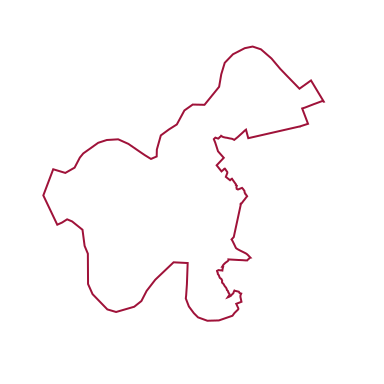 Darayya, Rif Dimashq, Syria, rotated 79°
{"feature_id": "27442178B13792068888358", "entity_name": "Darayya", "entity_type": "district", "adm_level": 2, "iso_a3": "SYR", "parent_name": "Syria", "parent_adm1": "Rif Dimashq", "projection": "robinson", "projection_center": [36.249, 33.454], "detail": "fine", "context": "isolated", "style": "outline", "palette": "rose", "viewbox_px": 384, "rotation_deg": 79, "n_neighbors": 0, "source": "geoboundaries", "source_scale": "gbopen_adm2", "svg_char_len": 4373}
<svg xmlns="http://www.w3.org/2000/svg" viewBox="0 0 384 384"><g transform="rotate(79 192 192)"><path d="M128.5,45.4L105.2,53.9L111.1,66.8L96.0,76.7L87.8,82.0L76.1,88.5L65.1,97.1L60.8,104.7L60.9,112.8L64.6,125.5L71.4,135.2L82.0,140.8L93.9,145.3L108.8,163.1L106.3,174.6L110.5,183.9L122.8,194.0L126.2,202.7L130.5,211.8L143.6,218.4L150.4,219.9L151.7,226.0L148.0,230.0L147.1,231.0L146.6,231.5L146.1,232.0L145.1,233.0L144.8,233.3L143.6,234.5L132.6,245.3L126.2,254.4L124.7,265.7L125.8,274.7L133.4,291.4L136.8,295.5L145.7,302.6L149.1,312.7L143.2,323.9L167.0,338.6L198.4,330.5L197.2,325.4L195.0,319.8L198.0,315.3L208.2,306.7L224.4,307.7L232.7,306.0L262.5,311.6L273.3,309.1L291.1,297.5L295.3,289.4L293.6,270.6L289.4,262.5L280.4,255.4L271.1,244.8L257.5,223.5L260.9,209.8L281.6,214.6L292.5,217.5L295.3,218.4L303.8,216.9L311.3,213.3L316.2,210.0L321.3,201.5L323.2,190.1L321.2,175.9L318.9,173.4L316.0,169.0L315.1,168.7L310.2,169.9L309.2,164.4L304.2,164.5L302.6,164.1L301.1,163.1L300.9,163.5L300.7,163.8L300.2,164.6L299.7,164.7L298.8,165.1L297.0,169.1L296.9,169.2L297.8,169.9L299.3,170.8L299.8,171.6L300.1,172.0L300.4,172.6L300.9,173.2L301.1,173.4L301.2,173.5L301.3,173.7L301.4,173.9L301.4,174.1L301.7,174.9L301.9,175.4L302.0,175.9L302.2,177.0L301.8,176.6L300.8,175.5L300.0,174.8L299.9,174.8L299.8,174.7L299.7,174.7L299.3,174.7L298.3,175.1L297.8,175.4L297.7,175.4L297.6,175.5L297.3,175.5L297.2,175.5L296.9,175.5L296.7,175.5L296.3,175.6L296.1,175.6L295.9,175.7L295.8,175.8L295.6,175.9L295.4,176.0L295.2,176.2L295.0,176.3L294.9,176.4L294.7,176.4L294.0,176.5L293.4,176.5L292.9,176.7L292.3,176.9L291.4,177.4L290.7,177.8L289.6,178.2L288.9,178.4L288.5,178.6L288.1,178.7L287.7,179.0L287.3,179.4L287.2,179.4L287.1,179.5L286.9,179.6L286.7,179.7L286.2,179.7L285.9,179.7L285.7,179.6L285.4,179.5L284.9,179.3L284.0,179.5L283.6,179.6L283.4,179.6L283.2,179.7L283.0,179.8L282.9,179.9L282.8,180.0L282.6,180.1L282.4,180.4L282.2,180.5L281.9,180.8L281.7,181.0L281.4,181.1L281.1,181.2L279.8,181.4L278.8,181.6L278.5,181.7L278.0,182.0L277.7,182.2L277.3,182.3L277.1,182.3L276.7,182.2L276.4,182.1L275.5,182.3L275.3,182.4L274.8,182.5L274.2,182.5L274.0,181.8L273.7,180.9L273.8,180.6L274.3,179.1L274.4,178.4L274.9,177.2L273.8,176.8L273.0,176.5L272.1,176.1L271.5,175.8L271.2,176.7L270.5,176.0L270.2,175.8L269.9,175.6L269.3,174.8L269.0,174.5L268.3,173.4L267.8,172.6L267.6,172.2L267.4,171.7L266.9,170.6L266.8,170.4L266.7,170.2L266.4,169.8L266.3,169.6L265.8,169.2L265.1,169.1L265.2,168.8L267.5,159.8L268.4,156.0L268.5,155.6L269.3,152.7L269.7,150.9L269.2,150.3L268.5,149.1L268.0,148.3L267.7,147.8L267.6,147.3L267.6,147.2L267.3,147.4L266.5,147.9L264.0,149.5L263.8,149.7L263.5,149.9L263.3,150.1L263.1,150.3L262.9,150.5L262.7,150.7L262.5,150.9L260.8,153.1L258.6,156.0L256.8,158.2L256.1,158.9L256.0,159.0L255.8,159.2L255.7,159.3L255.3,159.5L255.2,159.6L251.7,160.5L248.0,161.5L247.2,161.8L246.9,161.8L246.7,161.9L246.5,162.0L246.3,162.1L246.1,162.2L244.2,159.6L213.6,146.5L213.1,146.7L212.8,146.4L213.1,146.1L212.9,145.9L212.1,144.9L211.1,143.8L210.1,142.7L209.9,142.4L209.4,141.8L208.3,140.6L207.5,139.7L206.7,138.7L205.5,139.2L205.0,139.5L204.9,139.6L204.7,139.7L204.5,139.8L204.3,139.9L204.1,139.9L204.1,140.0L203.9,140.1L203.7,140.1L203.3,140.2L203.1,140.3L202.9,140.3L202.6,140.4L202.4,140.4L202.2,140.4L201.0,140.3L198.6,141.4L197.5,142.1L198.3,146.4L197.5,147.5L195.7,147.5L194.4,146.8L193.6,147.6L193.4,147.5L193.3,147.4L193.2,147.4L192.9,147.4L192.7,147.5L186.8,150.2L186.7,150.2L186.7,150.3L186.6,150.5L187.4,151.9L187.7,152.4L183.6,155.9L180.2,153.8L180.1,153.7L179.9,153.7L179.7,153.6L179.4,153.6L179.2,153.6L178.9,153.6L178.7,153.7L178.6,153.8L178.4,153.9L175.6,155.1L175.4,155.2L175.4,155.3L175.3,155.5L175.4,155.8L175.5,155.8L177.4,159.1L170.5,162.7L164.5,154.3L157.0,158.7L151.8,159.3L147.8,159.8L144.3,160.5L143.1,158.7L144.6,156.1L144.6,155.9L143.3,154.1L143.1,153.4L142.4,152.7L143.1,152.0L143.4,151.6L143.6,151.4L143.9,151.1L144.0,150.9L144.1,150.7L144.5,149.9L144.6,149.5L144.9,149.0L145.2,148.1L145.5,147.2L146.1,145.9L146.8,144.2L147.3,142.8L147.4,142.6L147.5,142.5L147.6,142.3L147.7,142.1L148.9,140.6L147.9,138.7L146.9,136.8L146.0,135.3L144.6,133.0L143.4,131.0L141.8,128.5L141.1,127.1L148.7,126.6L149.9,126.5L149.9,126.2L148.2,73.7L148.3,73.6L148.2,73.5L147.2,65.1L131.0,67.9L130.7,65.0L129.0,55.6L128.7,53.6L127.5,46.4L128.5,45.5L128.5,45.4Z" fill="none" stroke="#9f1239" stroke-width="2"/></g></svg>